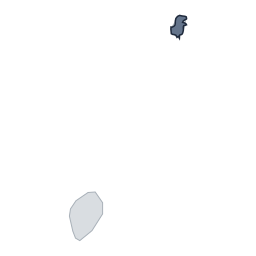 where Príncipe sits in São Tomé and Principe
{"feature_id": "STP-4862", "entity_name": "Príncipe", "entity_type": "state/province", "adm_level": 1, "iso_a3": "STP", "parent_name": "São Tomé and Principe", "parent_adm1": "", "projection": "natural_earth1", "projection_center": [7.405, 1.615], "detail": "fine", "context": "in_parent", "style": "filled", "palette": "slate", "viewbox_px": 256, "rotation_deg": 0, "n_neighbors": 0, "source": "natural_earth", "source_scale": "10m", "svg_char_len": 901}
<svg xmlns="http://www.w3.org/2000/svg" viewBox="0 0 256 256"><path d="M92.0,230.6L79.8,240.6L75.5,238.1L72.8,231.1L69.4,216.1L70.5,208.9L76.0,200.7L88.0,192.5L95.2,192.0L102.6,202.7L102.6,213.9L92.0,230.6ZM182.0,33.4L177.6,36.9L172.4,33.9L171.0,28.5L177.8,18.0L180.9,15.4L183.6,17.6L185.2,20.5L185.4,24.7L182.0,33.4Z" fill="#d9dde1" stroke="#a8b0b8" stroke-width="1"/><path d="M186.6,18.8L186.0,19.4L184.6,20.0L183.3,20.9L182.6,22.4L184.3,22.8L185.9,23.7L186.5,24.8L185.4,25.2L183.7,25.7L183.3,26.9L183.4,30.0L182.8,32.7L182.2,34.0L181.4,34.6L179.9,34.9L179.5,35.7L179.5,36.9L179.4,38.3L179.1,37.8L178.7,36.8L178.5,36.4L177.7,36.8L177.0,37.4L175.9,35.2L174.3,34.6L172.6,34.4L171.3,33.7L170.9,29.5L171.0,27.0L172.1,27.2L174.0,26.2L175.0,25.0L175.3,23.3L175.3,21.0L175.9,18.4L177.5,16.4L179.6,15.4L181.7,15.9L185.0,16.3L186.3,16.9L186.6,18.8Z" fill="#64748b" stroke="#1e293b" stroke-width="1.5"/></svg>